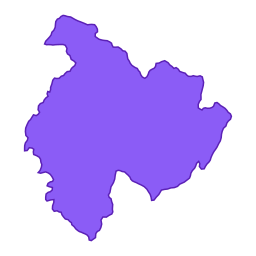 Engenheiro Navarro, Minas Gerais, Brazil (Natural Earth projection)
{"feature_id": "56859067B42311987852102", "entity_name": "Engenheiro Navarro", "entity_type": "district", "adm_level": 2, "iso_a3": "BRA", "parent_name": "Brazil", "parent_adm1": "Minas Gerais", "projection": "natural_earth1", "projection_center": [-44.019, -17.298], "detail": "fine", "context": "isolated", "style": "filled", "palette": "violet", "viewbox_px": 256, "rotation_deg": 0, "n_neighbors": 0, "source": "geoboundaries", "source_scale": "gbopen_adm2", "svg_char_len": 3802}
<svg xmlns="http://www.w3.org/2000/svg" viewBox="0 0 256 256"><path d="M57.4,19.1L55.8,21.5L55.5,23.8L55.2,27.3L53.8,30.3L51.9,32.2L51.1,35.0L49.7,36.9L47.5,39.3L45.7,41.2L44.6,44.0L46.5,44.7L48.7,44.6L51.0,44.7L52.8,45.0L55.4,44.7L57.4,44.6L60.4,44.5L63.1,44.5L65.3,45.3L67.0,48.4L66.4,51.3L67.5,53.9L69.9,55.5L71.2,59.4L73.9,61.0L75.8,62.9L74.8,65.6L73.2,66.8L71.5,68.4L70.0,71.3L67.2,71.6L65.1,73.5L63.6,75.5L61.3,76.2L59.2,78.3L56.8,78.5L54.5,78.1L52.8,80.2L51.8,84.2L50.6,87.4L50.6,89.7L49.7,92.1L47.8,91.5L47.1,93.8L48.0,96.3L45.8,98.0L44.2,100.0L43.2,102.5L40.3,103.6L38.5,105.9L38.1,109.8L39.6,112.2L38.2,114.3L36.2,115.6L33.5,114.8L31.9,117.3L30.5,119.6L28.7,121.3L27.1,124.6L25.7,128.1L25.4,131.6L25.9,135.5L28.0,137.7L27.4,140.2L25.4,142.9L24.7,145.5L24.6,148.2L24.6,150.8L27.2,150.5L29.3,147.7L32.1,148.1L33.8,149.3L33.3,151.9L33.7,154.5L36.7,155.7L39.2,157.2L40.5,159.2L40.9,162.1L41.8,164.5L41.4,167.1L40.1,170.4L38.2,172.6L40.6,173.2L42.9,172.6L45.6,171.9L48.2,172.9L50.3,174.4L52.0,176.7L53.5,179.5L52.6,181.4L50.3,181.9L48.0,183.4L47.1,185.8L49.2,186.7L52.4,187.5L52.2,190.0L50.3,191.7L48.2,192.3L46.1,194.0L45.7,197.2L45.7,199.5L47.0,201.0L50.9,199.9L53.9,199.6L53.8,202.4L52.6,205.8L52.4,209.0L54.2,211.3L57.1,210.8L59.2,212.0L61.1,212.2L62.0,214.8L63.5,216.9L65.3,219.0L68.2,219.7L69.7,221.5L71.4,222.6L71.8,224.7L74.1,226.6L75.8,228.9L77.6,230.4L79.4,231.6L81.5,232.3L83.4,233.2L85.4,234.0L87.1,235.0L88.7,236.9L89.2,240.0L91.3,240.6L93.1,239.3L95.5,237.6L95.8,233.6L97.3,231.5L99.4,230.4L100.8,227.7L101.7,224.1L101.0,220.0L102.9,217.0L106.4,217.1L109.1,215.3L111.8,214.0L112.8,211.9L112.4,209.4L112.5,207.3L112.7,204.5L111.7,201.7L111.0,198.7L109.2,197.4L108.4,195.0L109.9,192.5L110.5,189.4L111.0,186.7L112.1,185.0L113.5,182.5L114.7,179.1L115.2,175.2L116.1,171.1L118.2,170.3L120.1,170.6L122.1,171.5L124.6,171.9L126.6,173.8L128.1,175.1L130.0,177.2L130.8,179.2L132.4,180.9L134.5,181.9L136.3,182.6L138.4,183.7L141.3,185.0L144.3,186.7L146.9,189.2L148.5,191.8L150.2,194.4L151.1,197.3L151.6,200.4L154.0,200.1L156.3,197.1L158.8,194.5L160.1,192.3L161.4,190.1L164.4,189.4L167.7,189.0L170.8,187.9L174.3,187.6L177.5,186.4L179.7,184.2L181.9,183.2L184.3,182.1L186.4,180.5L188.0,179.3L189.5,178.1L190.4,175.8L190.9,173.2L192.3,170.7L194.6,168.2L195.7,166.0L196.6,163.3L198.7,161.4L199.8,163.7L199.4,166.5L201.4,169.1L204.2,168.8L205.4,166.4L206.9,164.1L209.0,162.0L210.3,160.0L210.9,157.8L211.9,155.4L213.0,153.2L214.1,151.3L215.5,149.4L216.9,147.3L218.7,143.6L220.3,140.9L221.2,137.7L221.5,134.2L222.2,131.3L223.5,128.2L225.9,126.1L226.9,123.0L228.3,121.1L230.5,119.2L231.4,116.3L230.4,113.9L228.1,112.2L227.0,110.5L225.1,108.4L222.9,106.9L220.5,105.5L218.8,103.8L217.0,102.5L214.8,103.0L213.6,106.2L212.1,107.4L209.9,108.2L207.5,108.3L205.2,107.8L203.4,108.3L202.0,110.0L200.2,109.1L198.3,107.9L198.2,104.4L199.5,101.4L201.0,99.5L201.0,97.2L200.9,94.5L201.6,91.9L202.4,88.8L203.2,85.7L203.6,82.3L202.9,79.6L202.3,76.9L200.1,75.8L197.2,76.5L195.1,76.2L193.3,75.7L191.2,76.4L188.4,76.3L186.8,75.1L185.2,73.2L182.7,72.5L179.7,71.4L178.2,69.1L176.1,67.6L173.9,68.4L172.0,66.5L169.8,64.9L168.1,62.7L164.7,60.7L161.5,61.7L159.2,63.0L156.1,63.4L155.5,66.5L154.1,68.3L152.1,69.2L150.2,70.3L148.9,72.0L148.2,74.3L146.9,76.8L144.8,78.3L142.3,77.0L140.8,74.8L139.8,72.0L138.4,70.5L137.3,68.5L134.9,67.4L131.9,65.4L130.2,63.2L129.3,61.2L127.8,58.9L127.3,56.2L126.9,53.4L125.1,51.2L122.8,50.8L120.9,48.8L118.1,47.0L115.6,47.2L113.2,47.1L112.1,45.2L111.5,43.2L109.7,41.9L107.2,40.7L104.9,40.5L102.7,40.2L100.6,39.7L98.8,39.1L97.3,38.0L95.2,36.5L95.3,33.5L97.5,31.8L97.4,29.2L96.2,26.7L94.6,24.7L91.7,24.4L89.7,24.5L87.5,24.8L84.4,23.4L80.9,22.0L77.7,20.8L75.2,19.6L73.1,18.4L70.7,17.0L67.4,16.5L64.9,15.7L63.1,15.4L61.0,16.5L59.4,18.3L57.4,19.1Z" fill="#8b5cf6" stroke="#5b21b6" stroke-width="1.5"/></svg>